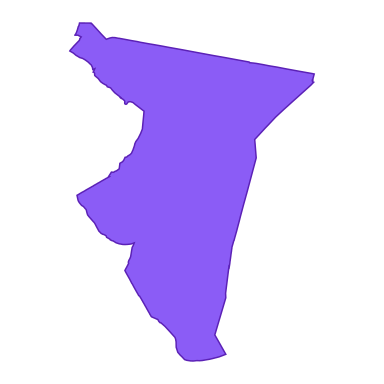 outline of Tetepango, Hidalgo, Mexico
{"feature_id": "50627088B64259758122284", "entity_name": "Tetepango", "entity_type": "district", "adm_level": 2, "iso_a3": "MEX", "parent_name": "Mexico", "parent_adm1": "Hidalgo", "projection": "equal_earth", "projection_center": [-99.166, 20.109], "detail": "fine", "context": "isolated", "style": "filled", "palette": "violet", "viewbox_px": 384, "rotation_deg": 0, "n_neighbors": 0, "source": "geoboundaries", "source_scale": "gbopen_adm2", "svg_char_len": 4670}
<svg xmlns="http://www.w3.org/2000/svg" viewBox="0 0 384 384"><path d="M78.3,26.6L77.4,29.8L76.5,32.3L75.9,33.7L75.1,34.7L75.0,35.2L77.9,35.2L81.2,36.9L79.9,38.5L79.4,40.3L74.8,45.1L74.1,45.8L71.6,48.7L71.4,48.9L70.3,50.2L70.0,50.6L69.8,51.0L73.4,53.1L76.1,55.4L77.9,56.4L79.6,57.5L82.6,58.4L85.2,59.9L88.2,62.1L90.1,64.0L91.2,64.9L92.4,67.3L92.8,69.5L94.8,68.7L94.1,70.4L93.8,70.8L93.2,72.1L93.8,72.2L94.6,73.2L94.6,74.2L94.7,75.4L95.4,76.2L98.2,78.5L100.6,81.7L102.9,83.4L105.4,84.8L106.5,85.3L107.3,86.8L107.7,86.9L110.5,87.8L112.5,90.3L114.8,92.8L117.0,94.5L119.2,96.2L119.3,96.3L120.8,97.5L120.4,97.7L121.2,98.4L121.3,98.4L122.2,98.8L123.0,99.3L124.3,100.5L124.7,101.1L124.8,101.8L124.7,102.4L124.7,103.1L124.8,103.7L125.1,104.0L125.9,104.3L126.7,104.0L127.4,103.0L128.3,101.9L129.7,101.7L130.5,101.7L132.4,102.3L133.1,102.6L135.3,104.5L143.0,110.4L144.0,111.1L144.0,111.4L143.8,113.7L143.7,115.0L142.5,127.5L142.4,129.0L140.6,133.5L138.1,138.5L136.6,140.5L136.1,141.2L135.7,141.8L135.3,142.8L134.8,143.9L134.5,145.5L134.0,147.0L133.5,148.4L133.0,149.9L132.4,151.2L131.5,153.2L130.1,154.6L127.9,155.9L126.6,157.1L125.1,157.3L123.8,160.1L122.6,161.7L119.9,163.3L119.2,168.8L117.0,170.5L116.1,171.0L115.1,171.3L113.5,172.3L111.4,172.1L109.9,174.5L108.6,176.5L109.3,176.7L107.0,178.0L106.9,178.1L106.4,178.3L106.0,178.5L105.1,179.1L104.3,179.5L103.3,180.1L101.3,181.2L99.0,182.6L97.8,183.2L96.7,183.9L96.3,184.1L95.5,184.6L94.9,184.9L94.2,185.3L93.4,185.8L92.9,186.2L92.2,186.5L91.2,187.1L89.6,188.0L88.0,188.9L86.4,189.8L85.4,190.4L84.7,190.9L84.3,191.1L83.8,191.4L81.5,192.6L78.6,194.4L77.0,195.3L77.7,198.6L78.2,200.7L78.8,201.8L79.3,202.6L80.9,204.6L81.7,205.5L82.8,206.1L83.5,206.6L84.3,207.5L85.2,208.6L86.0,209.4L86.3,210.1L86.6,211.4L87.1,213.3L87.6,214.9L89.0,216.7L93.3,221.6L94.2,222.5L94.9,223.6L95.6,224.9L96.5,226.7L98.1,229.6L98.8,231.0L100.4,232.6L101.0,233.3L101.9,233.8L102.8,234.3L103.8,234.5L104.6,234.9L105.5,235.4L106.1,235.9L106.5,236.8L106.6,237.3L108.2,238.2L109.3,238.8L109.9,239.3L110.2,239.5L110.3,239.9L111.5,240.4L112.2,240.8L112.9,240.8L113.9,241.4L116.1,242.8L118.0,243.4L119.1,243.8L121.0,244.1L122.3,244.4L123.7,244.5L125.6,244.5L127.5,244.4L131.1,244.0L134.2,242.9L133.3,245.3L132.2,247.4L131.5,251.3L131.1,254.0L130.6,256.8L129.8,258.7L128.9,260.3L128.5,261.4L128.3,262.3L128.5,262.9L128.6,263.4L126.5,267.5L126.3,267.8L125.7,268.9L124.9,270.5L125.5,271.7L126.1,272.8L126.7,273.9L127.9,276.0L128.9,277.8L129.5,278.8L130.3,280.4L130.9,281.5L131.6,283.0L132.5,284.3L133.0,285.3L133.9,287.0L135.8,290.4L136.2,291.1L136.5,291.7L136.9,292.3L137.3,293.0L137.6,293.6L137.9,294.0L138.1,294.4L138.5,295.2L138.7,295.6L139.6,296.1L140.0,296.8L140.4,297.5L140.8,298.1L141.2,298.8L141.6,299.5L141.9,300.1L142.4,300.8L142.7,301.5L143.5,302.8L143.9,303.5L144.3,304.2L144.6,304.8L145.0,305.5L145.4,306.2L145.8,306.9L146.2,307.5L146.5,308.2L146.9,308.9L147.3,309.6L147.7,310.2L148.4,311.6L148.8,312.2L149.2,312.9L149.6,313.6L149.9,314.3L150.3,314.9L150.7,315.6L151.1,316.3L151.4,316.7L151.5,316.8L153.8,317.8L154.8,318.2L157.2,319.3L157.6,319.3L158.0,319.8L158.4,320.6L158.7,321.2L159.1,321.7L159.7,322.3L160.2,322.8L160.9,322.8L164.9,326.3L169.7,331.5L175.0,337.4L175.6,339.1L176.1,341.9L176.2,347.3L177.3,350.7L177.8,352.3L180.2,355.1L181.9,356.7L184.6,359.6L185.0,359.7L186.7,360.3L190.6,360.9L193.2,361.0L196.8,360.6L199.7,360.7L202.3,360.5L206.2,359.8L209.3,359.3L212.8,358.5L215.4,357.8L216.7,357.5L219.3,356.8L225.8,354.3L214.8,334.9L225.8,297.8L225.6,293.2L228.9,266.8L229.2,267.3L229.8,263.6L230.0,261.6L230.3,259.8L230.3,259.3L230.5,258.3L230.7,256.6L230.8,256.0L230.9,255.0L231.0,254.3L231.3,252.2L231.4,251.7L231.8,248.4L231.9,248.2L231.9,247.8L231.9,247.4L232.0,247.0L232.9,243.9L233.7,240.9L233.9,240.7L234.0,240.6L234.1,240.2L234.8,237.5L235.5,235.1L235.7,234.3L236.6,231.2L237.5,227.7L238.4,224.3L239.3,220.9L240.5,216.1L241.9,210.9L242.9,207.1L243.9,203.4L245.3,198.4L246.1,195.4L246.6,193.7L247.5,190.4L256.2,157.9L255.1,144.1L254.7,139.5L265.2,128.1L269.6,123.5L275.5,117.2L284.1,109.2L292.3,101.8L310.8,85.2L313.7,82.2L312.5,81.7L312.9,80.2L312.3,80.0L312.8,79.3L314.2,74.0L312.4,73.6L302.8,71.9L296.7,70.8L286.8,69.0L277.0,67.1L269.1,65.8L263.0,64.6L256.2,63.4L252.9,63.0L249.5,62.7L249.4,62.4L249.4,62.2L249.0,62.0L237.5,59.9L225.1,57.6L213.1,55.5L196.9,52.5L182.5,49.8L167.9,47.2L162.7,46.2L161.6,46.0L153.1,44.5L149.4,43.9L140.5,42.3L136.9,41.5L131.5,40.6L125.1,39.4L119.1,38.3L118.5,38.3L115.0,37.6L112.2,37.5L109.9,38.0L107.0,39.0L106.3,39.3L101.2,34.0L96.3,28.6L91.9,23.8L91.4,23.7L91.1,23.6L91.0,23.4L91.0,23.1L79.5,23.0L79.3,24.0L79.1,24.8L78.9,25.7L78.3,26.6Z" fill="#8b5cf6" stroke="#5b21b6" stroke-width="1.5"/></svg>